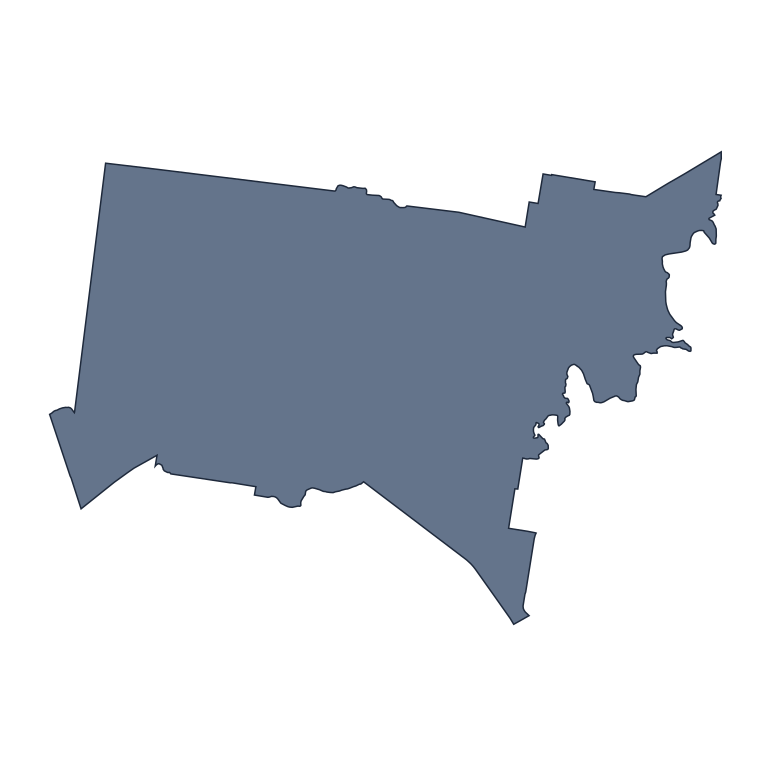 Brimbank, Victoria, Australia, rotated 91°
{"feature_id": "25037944B23246777843178", "entity_name": "Brimbank", "entity_type": "district", "adm_level": 2, "iso_a3": "AUS", "parent_name": "Australia", "parent_adm1": "Victoria", "projection": "albers", "projection_center": [144.807, -37.743], "detail": "fine", "context": "isolated", "style": "filled", "palette": "slate", "viewbox_px": 768, "rotation_deg": 91, "n_neighbors": 0, "source": "geoboundaries", "source_scale": "gbopen_adm2", "svg_char_len": 6066}
<svg xmlns="http://www.w3.org/2000/svg" viewBox="0 0 768 768"><g transform="rotate(91 384 384)"><path d="M622.0,250.1L613.1,234.9L609.5,238.8L607.8,240.0L606.0,240.8L603.6,241.1L591.7,239.4L589.6,238.7L536.1,231.1L532.4,230.2L530.4,229.3L530.1,230.3L528.8,237.6L526.1,256.9L486.5,251.3L486.7,248.4L455.7,244.0L455.8,242.6L456.3,241.6L456.3,240.6L456.5,240.3L456.4,238.6L455.9,236.9L456.4,230.4L456.3,229.5L455.9,228.3L455.6,227.9L454.7,227.7L453.1,228.2L452.1,228.1L447.4,222.3L447.0,221.4L446.9,220.4L446.6,219.3L446.1,218.8L445.5,218.6L442.4,218.8L440.6,219.9L440.1,220.8L439.5,221.2L436.4,222.5L436.1,223.0L436.1,223.8L435.6,224.5L431.7,228.3L431.6,228.9L431.8,229.1L434.2,229.1L434.9,229.5L435.5,232.1L435.5,233.1L435.1,233.7L434.1,233.5L432.9,232.3L432.3,232.3L430.9,233.1L428.8,233.7L426.9,233.8L424.9,233.6L422.1,231.5L420.0,231.2L419.9,230.6L420.5,229.3L420.8,228.7L421.3,228.3L422.5,228.3L424.1,229.2L424.8,228.7L424.8,228.3L423.4,225.9L422.8,224.2L421.5,223.0L420.7,223.0L420.0,223.8L419.4,223.9L417.4,222.9L416.2,221.6L413.1,219.4L412.6,218.6L412.1,216.2L411.9,215.7L411.9,214.0L412.1,211.7L412.3,210.5L412.6,210.0L413.6,209.7L417.0,209.8L420.6,209.3L422.0,209.0L422.8,208.4L422.8,208.2L421.1,206.0L417.9,203.0L416.7,202.4L415.5,202.7L414.1,201.8L412.8,199.9L412.0,198.2L411.2,197.7L408.2,197.6L404.8,198.2L403.4,198.8L400.2,201.3L399.4,201.3L399.1,201.0L399.0,200.2L399.4,199.7L399.5,199.2L398.7,198.7L397.8,198.7L395.9,199.6L395.2,200.3L395.1,202.6L393.9,203.9L392.4,204.5L391.0,205.4L390.3,205.1L390.0,204.3L389.9,203.1L389.7,202.9L388.7,202.7L384.0,203.1L383.2,202.4L381.7,202.1L380.8,202.1L379.7,202.6L376.8,202.6L376.1,202.3L375.5,201.2L375.0,200.8L373.3,200.3L370.9,201.4L368.9,201.3L364.7,199.8L363.4,198.8L361.9,197.0L361.1,194.8L361.1,193.7L362.4,191.5L362.7,191.4L363.8,189.5L366.9,186.6L370.4,184.7L375.9,182.8L380.0,181.0L380.3,180.7L380.8,179.4L381.3,178.7L382.1,178.3L389.7,175.3L392.7,174.6L396.6,173.9L397.8,173.1L398.2,172.3L398.6,171.1L398.6,169.4L398.9,168.2L399.0,167.1L398.8,166.0L398.0,163.8L394.2,157.6L392.4,153.4L392.1,153.0L391.8,151.3L392.5,149.9L393.0,149.1L394.5,147.9L395.6,146.4L396.2,144.9L396.4,143.4L397.3,140.5L397.4,139.6L396.5,135.1L395.9,133.8L395.3,133.3L392.6,132.7L392.2,132.0L391.5,131.6L385.0,132.0L380.1,131.6L377.5,130.3L372.8,129.6L369.7,128.3L366.4,128.4L362.8,127.8L361.6,128.0L361.2,128.2L360.3,129.6L359.2,130.5L352.9,134.9L352.1,135.2L351.1,135.0L350.6,134.5L350.3,134.0L349.9,132.3L349.6,126.4L348.9,124.9L348.0,124.0L347.1,122.6L347.2,121.9L347.8,120.7L348.9,117.5L348.4,114.9L348.4,111.5L348.1,111.4L346.7,111.6L346.1,112.1L345.4,112.1L343.9,111.2L341.7,108.0L340.9,104.3L340.8,101.7L341.7,96.5L342.1,95.6L342.4,94.2L342.3,92.5L341.8,88.9L342.8,87.7L343.1,86.7L343.6,86.0L344.1,82.5L345.7,80.1L346.0,78.5L345.5,77.7L342.6,77.7L341.7,78.1L340.8,79.6L339.2,81.2L337.5,83.8L336.6,84.3L335.3,85.5L335.2,86.1L336.8,90.7L337.4,95.1L337.4,95.9L337.1,96.8L335.6,98.7L334.9,101.6L334.4,102.3L333.5,102.9L333.3,102.9L332.6,102.4L332.5,98.9L333.8,97.1L332.6,95.7L332.2,95.5L330.0,96.3L328.9,96.3L325.8,95.2L324.6,95.0L324.0,94.6L323.7,94.0L323.8,92.9L324.9,90.7L325.1,89.4L323.6,86.8L322.5,86.7L321.4,87.2L320.7,87.9L317.5,92.8L315.7,94.6L309.3,99.5L305.3,101.5L303.1,102.2L299.5,103.2L296.7,103.7L286.8,104.2L280.2,103.4L277.9,103.4L276.9,103.7L274.8,103.2L273.8,102.5L273.2,101.5L272.2,100.8L269.9,100.6L269.4,100.8L267.8,102.6L267.1,104.3L266.5,104.9L264.0,106.3L262.0,107.1L259.1,107.8L256.4,107.8L253.7,108.2L251.8,107.8L250.0,105.1L249.0,101.3L246.9,88.7L245.7,84.6L244.7,82.7L242.6,81.1L241.8,80.8L240.4,80.5L237.6,80.4L232.3,79.6L230.6,78.9L228.6,77.7L227.2,76.5L225.5,73.0L225.0,71.3L224.9,69.2L225.1,67.5L225.3,67.0L226.7,66.5L232.4,61.3L237.4,58.2L238.0,57.4L238.3,56.5L238.4,55.9L238.0,55.1L237.4,54.7L233.4,54.7L230.3,54.3L223.2,54.6L220.4,55.7L218.7,56.8L217.8,57.1L216.0,58.1L215.1,59.0L214.0,61.7L213.2,62.1L212.5,61.7L209.4,56.2L208.6,56.7L207.1,58.2L206.0,58.2L205.3,57.9L204.2,56.5L203.6,55.1L202.8,54.6L199.6,53.2L198.0,53.3L197.1,53.8L196.0,53.7L195.2,52.9L195.0,51.5L193.5,50.9L192.7,50.2L191.9,50.5L190.5,50.6L189.4,50.2L188.7,55.3L155.7,51.3L152.9,50.7L146.0,50.9L168.8,87.4L178.2,103.1L192.2,125.4L190.9,135.9L190.3,140.1L189.8,141.7L188.7,152.1L188.5,155.9L185.8,177.6L178.2,176.4L171.7,220.0L172.5,220.1L171.2,228.6L200.8,233.1L199.5,242.0L224.6,245.6L211.0,312.1L205.6,364.1L205.7,364.5L206.8,365.4L207.1,366.0L207.3,367.9L207.3,371.3L206.5,372.8L205.5,374.4L202.1,377.6L201.2,377.9L200.4,378.9L200.3,379.9L199.5,381.4L199.3,382.3L199.1,388.2L198.6,389.1L197.0,390.0L196.2,391.0L195.6,392.3L195.4,398.9L194.9,404.2L194.3,404.8L193.8,405.0L191.8,404.7L190.2,404.9L189.1,405.7L188.6,406.3L188.8,408.4L188.5,411.4L188.2,414.5L187.4,416.6L187.4,417.9L188.4,420.2L188.5,421.8L188.8,422.3L188.5,423.6L187.7,424.9L186.4,428.6L186.0,430.6L186.0,431.7L186.6,433.4L189.6,435.1L190.8,435.3L192.0,436.4L173.4,613.5L168.1,666.2L417.5,692.9L418.1,693.1L414.3,696.0L413.4,697.1L412.8,698.9L413.0,700.5L412.9,701.9L413.5,705.1L414.6,708.2L415.8,710.3L416.3,712.2L417.1,713.7L419.0,715.8L420.2,717.8L481.5,696.2L483.4,695.2L514.1,684.7L486.9,651.9L477.0,638.7L472.5,632.5L459.2,609.7L470.1,611.3L468.9,610.3L467.9,608.9L467.7,608.2L467.7,607.3L469.1,604.7L472.3,603.4L473.1,603.3L474.7,602.1L476.2,598.9L476.3,598.0L476.1,597.3L476.2,596.8L477.6,595.6L485.5,535.9L485.4,534.4L488.9,510.3L497.3,511.6L499.3,498.2L499.1,496.8L498.3,494.5L498.4,492.4L498.8,490.8L499.6,489.4L500.9,488.1L504.9,485.1L505.2,484.6L507.2,480.6L508.3,478.0L508.7,476.3L508.9,473.5L507.6,468.0L507.7,466.2L507.4,465.4L506.7,465.0L504.2,465.2L502.3,464.8L497.8,462.2L496.2,460.9L492.6,460.4L491.6,459.5L491.1,458.8L489.4,455.1L489.1,453.9L489.4,451.7L490.8,446.7L492.3,443.1L492.5,442.3L492.6,440.6L493.0,439.4L493.4,435.9L493.5,433.0L492.6,430.6L491.8,426.7L490.9,424.5L489.8,420.5L489.5,418.5L488.6,416.1L487.2,412.8L486.4,410.3L484.6,406.8L484.5,405.7L484.2,405.1L482.1,402.7L558.4,298.4L562.2,294.1L565.1,291.4L567.6,289.4L594.5,269.6L616.1,253.8L622.0,250.1Z" fill="#64748b" stroke="#1e293b" stroke-width="1.5"/></g></svg>